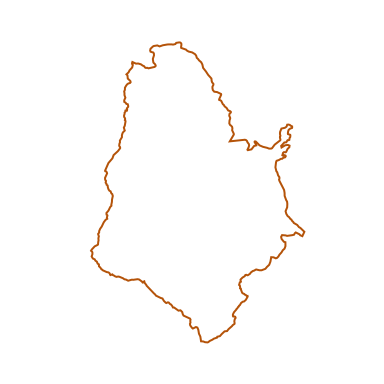 the district of Liberia, Guanacaste, Costa Rica, rotated 169°
{"feature_id": "36466004B57161008538161", "entity_name": "Liberia", "entity_type": "district", "adm_level": 2, "iso_a3": "CRI", "parent_name": "Costa Rica", "parent_adm1": "Guanacaste", "projection": "albers", "projection_center": [-85.52, 10.692], "detail": "fine", "context": "isolated", "style": "outline", "palette": "amber", "viewbox_px": 384, "rotation_deg": 169, "n_neighbors": 0, "source": "geoboundaries", "source_scale": "gbopen_adm2", "svg_char_len": 6001}
<svg xmlns="http://www.w3.org/2000/svg" viewBox="0 0 384 384"><g transform="rotate(169 192 192)"><path d="M217.2,57.8L213.9,58.7L212.6,57.9L212.1,55.7L212.2,51.6L211.4,48.5L211.6,43.7L209.4,43.1L207.9,42.1L205.5,41.4L204.7,41.5L203.0,42.4L199.9,43.2L198.8,43.8L195.2,44.3L194.8,45.1L192.1,45.2L189.9,46.9L186.6,49.0L184.1,48.8L182.3,50.4L178.2,52.8L177.5,53.5L175.5,54.4L175.2,55.1L175.1,57.1L174.3,59.0L173.2,60.1L173.4,61.3L174.3,61.8L175.3,61.9L175.5,62.4L175.2,64.0L173.7,66.0L171.0,68.1L170.6,68.7L169.9,69.0L168.5,70.5L168.0,70.6L167.5,71.4L166.5,71.9L165.1,73.6L163.2,74.6L161.8,74.6L159.8,75.8L157.3,78.7L157.3,79.4L158.1,79.5L158.9,80.7L159.8,81.2L160.2,82.0L161.1,82.5L162.0,83.5L162.5,86.4L162.5,87.7L163.2,88.2L162.9,89.2L162.9,91.1L163.5,91.8L162.3,94.2L161.1,94.6L161.2,96.5L160.9,96.9L158.7,98.4L156.3,99.3L155.5,100.3L154.6,100.4L153.6,99.7L152.9,99.7L150.6,100.7L149.7,101.7L147.5,102.8L145.9,103.0L144.3,103.6L143.8,103.7L140.7,102.3L138.6,101.9L134.6,102.6L132.8,104.1L130.1,105.8L128.3,108.7L126.7,112.9L124.4,112.3L122.4,110.9L121.1,111.1L119.5,112.2L118.1,113.8L115.7,115.6L114.0,117.5L112.0,118.7L110.6,121.0L109.9,124.9L111.3,125.6L113.0,128.8L113.1,130.9L111.8,132.5L108.3,131.5L107.1,130.8L101.8,130.5L100.0,130.6L98.9,131.9L97.9,132.5L94.6,130.0L94.0,128.9L92.1,127.6L89.3,131.5L92.5,136.1L93.7,137.1L95.0,139.6L98.0,142.2L98.2,143.0L99.4,144.8L99.7,146.0L100.5,146.7L101.5,148.8L102.7,150.1L103.6,152.6L103.8,155.3L101.5,158.8L100.7,162.1L100.5,164.4L101.1,166.1L101.8,170.5L101.3,173.4L101.2,176.4L104.1,186.4L104.2,187.6L103.7,188.2L103.4,189.8L104.3,191.9L104.6,195.2L105.2,196.2L105.4,200.3L103.8,205.3L103.0,206.5L100.6,206.8L98.4,207.6L97.2,207.4L95.8,208.2L94.0,208.3L93.2,209.1L93.2,209.8L93.9,210.4L94.5,210.6L95.0,210.3L95.7,210.3L96.3,210.8L95.1,213.1L94.1,213.6L92.5,213.1L91.9,213.4L90.0,216.0L87.9,217.4L87.4,218.9L88.9,219.9L91.6,220.1L95.6,218.6L95.7,220.2L91.9,223.0L90.0,222.8L88.3,224.6L87.2,224.4L86.5,224.6L86.0,226.3L85.2,227.0L84.7,228.4L84.7,229.4L86.7,230.5L86.7,231.3L86.0,233.3L85.3,234.5L84.5,235.0L83.2,235.6L81.7,235.7L81.4,236.1L81.2,237.3L82.5,238.3L83.2,239.2L84.5,239.8L85.7,239.9L86.6,238.3L87.5,237.7L88.6,237.3L92.1,237.2L94.0,234.3L94.4,233.1L94.6,231.8L94.5,230.2L95.0,229.8L95.3,228.6L95.2,226.7L95.5,225.9L101.8,222.7L105.1,219.7L106.0,219.5L108.1,219.9L109.8,221.0L113.7,222.8L116.8,224.9L119.7,229.3L120.5,229.7L120.9,229.5L121.0,228.7L120.4,227.5L120.0,225.5L122.3,225.3L125.5,222.5L129.2,222.4L129.5,222.9L127.7,225.4L127.0,226.9L127.1,228.4L128.0,230.1L128.3,231.6L129.0,232.6L130.1,233.2L145.2,234.5L140.0,240.4L139.9,241.4L140.8,244.9L140.2,246.8L140.2,248.3L141.0,249.7L141.8,250.5L142.3,252.2L141.5,255.1L140.5,256.8L140.4,258.0L140.8,259.1L140.8,260.2L140.1,261.8L139.1,262.3L138.6,262.9L138.6,263.4L139.4,264.3L140.8,265.0L141.1,265.5L142.0,267.9L143.7,269.9L144.0,271.1L145.0,272.4L145.9,275.8L146.6,276.6L147.7,277.1L147.7,277.8L144.8,281.9L144.8,282.7L148.3,285.3L151.0,286.2L152.1,288.1L152.1,290.2L151.8,291.5L150.5,293.2L150.4,294.2L151.3,295.7L151.5,297.2L151.3,299.7L153.8,303.9L155.3,307.6L157.4,311.7L157.5,315.2L158.2,317.6L160.0,319.9L160.6,321.3L161.7,322.8L161.9,325.1L162.7,326.7L165.2,329.0L168.5,330.5L170.0,331.8L170.7,332.9L175.1,335.5L175.1,336.3L174.3,338.5L174.2,339.9L174.9,340.9L176.0,341.3L179.0,341.4L180.1,340.4L182.5,340.3L183.8,340.8L187.8,341.5L192.6,341.6L196.0,341.1L198.1,342.5L201.7,342.6L202.6,342.3L205.4,340.5L206.1,338.8L205.9,337.6L203.4,336.3L203.0,335.3L203.2,333.5L205.0,330.2L205.1,329.4L205.2,326.6L205.0,326.0L204.1,324.9L203.5,323.3L203.6,322.7L204.2,322.2L205.1,321.9L211.1,321.7L212.1,322.4L213.6,322.6L214.4,323.2L215.0,324.6L216.3,325.5L217.8,327.1L220.3,328.4L222.5,328.7L225.7,331.0L226.3,329.9L226.3,329.6L225.8,329.5L226.2,329.3L226.2,328.8L225.9,328.6L225.9,327.9L227.0,325.6L230.1,323.3L231.4,321.6L233.9,320.0L233.1,318.8L233.4,315.6L231.6,313.1L231.3,312.5L231.3,311.5L231.9,310.9L234.0,310.6L235.2,310.0L236.3,309.0L237.9,307.2L238.4,305.1L239.4,303.6L239.4,302.0L239.8,300.0L239.4,297.3L241.0,295.0L241.3,293.4L240.1,292.3L239.6,291.0L238.3,290.4L238.2,288.6L238.4,287.8L240.0,286.5L239.9,285.5L240.3,284.3L240.9,284.3L241.3,284.8L241.8,284.7L242.0,283.6L243.0,282.8L243.2,281.7L244.1,280.0L244.3,278.7L243.7,277.2L243.7,276.3L244.2,275.4L243.8,274.8L243.8,273.9L245.4,269.8L246.6,268.2L246.3,265.1L248.4,263.7L249.1,262.8L250.0,261.0L250.3,259.2L253.0,256.2L253.2,254.5L254.0,253.3L254.6,251.5L254.5,250.5L254.1,250.0L254.1,248.9L254.5,248.4L257.0,246.2L261.9,243.2L263.7,240.2L268.5,236.4L273.2,229.6L273.2,229.0L272.5,228.7L271.9,227.7L271.8,226.5L274.7,222.4L274.9,220.6L274.3,219.3L275.0,217.6L274.4,216.5L274.5,215.5L273.6,214.5L273.7,212.3L273.4,210.3L272.8,209.0L271.8,208.2L271.4,206.0L270.7,205.2L270.5,203.2L272.0,199.7L272.5,197.6L273.7,194.7L273.7,193.9L275.1,192.9L277.6,189.6L280.0,187.7L280.2,186.1L279.6,185.5L279.5,185.0L280.4,183.3L280.3,181.9L282.1,181.2L284.4,179.1L287.2,175.3L289.2,173.4L290.6,171.3L290.9,169.9L292.2,168.7L291.9,166.3L292.7,164.5L293.0,162.2L293.5,161.1L294.3,158.4L294.7,158.1L297.9,157.2L301.3,154.7L302.3,153.6L301.5,152.5L301.3,151.7L301.6,150.0L302.8,147.9L302.0,145.6L300.4,144.5L299.9,143.0L298.7,141.8L298.3,139.7L297.2,138.7L297.5,136.8L296.4,135.3L295.7,133.5L294.9,132.9L294.7,132.3L290.9,129.6L289.7,129.2L289.0,128.7L288.3,127.7L288.2,126.5L287.9,126.0L285.9,126.3L285.6,125.6L284.8,125.1L283.6,123.9L282.3,123.1L280.6,123.1L279.4,122.6L276.2,120.5L275.0,119.2L273.6,118.7L271.6,117.1L267.9,117.4L266.2,117.0L262.1,116.8L260.6,116.2L258.3,113.7L257.7,112.5L257.4,112.5L256.8,113.2L255.9,113.4L255.8,111.8L254.6,109.5L254.5,108.8L248.7,99.7L247.7,98.4L247.2,97.2L243.0,94.0L241.3,93.1L240.4,90.5L238.9,88.3L238.4,87.9L236.7,88.3L235.9,87.9L235.0,86.3L234.0,85.5L233.2,83.9L232.7,82.2L231.6,82.0L227.9,78.1L226.0,78.1L225.6,77.7L224.5,76.0L224.4,74.0L223.9,72.3L218.1,68.1L217.8,67.0L218.3,65.8L218.4,64.2L219.2,62.9L219.2,61.4L218.0,58.8L217.2,57.8Z" fill="none" stroke="#b45309" stroke-width="2"/></g></svg>